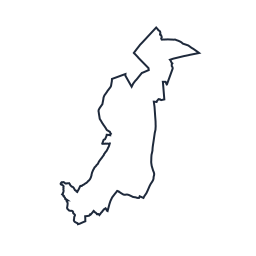 the district of Tetlatlahuca, Tlaxcala, Mexico, rotated 191°
{"feature_id": "50627088B49898192612493", "entity_name": "Tetlatlahuca", "entity_type": "district", "adm_level": 2, "iso_a3": "MEX", "parent_name": "Mexico", "parent_adm1": "Tlaxcala", "projection": "robinson", "projection_center": [-98.281, 19.233], "detail": "fine", "context": "isolated", "style": "outline", "palette": "slate", "viewbox_px": 256, "rotation_deg": 191, "n_neighbors": 0, "source": "geoboundaries", "source_scale": "gbopen_adm2", "svg_char_len": 5659}
<svg xmlns="http://www.w3.org/2000/svg" viewBox="0 0 256 256"><g transform="rotate(191 128 128)"><path d="M91.9,222.3L93.8,222.9L95.6,223.3L97.2,223.5L98.5,223.8L100.2,223.4L106.4,222.5L106.9,222.3L111.8,221.2L112.5,222.2L112.4,222.8L112.2,223.4L112.2,223.5L112.3,223.8L113.2,225.4L113.3,225.4L113.9,225.5L114.2,225.6L114.4,225.9L114.5,226.3L114.3,227.1L114.3,227.4L115.0,228.9L115.3,229.1L115.7,229.3L116.5,229.7L116.9,229.8L117.4,230.4L119.5,232.0L126.3,221.1L127.7,218.8L130.2,214.8L132.1,211.9L132.4,211.2L134.5,207.1L136.6,202.8L136.1,202.4L135.2,201.9L132.3,199.8L131.8,199.5L131.7,199.4L131.6,199.2L128.9,197.3L119.3,190.7L118.7,188.8L121.1,187.2L124.0,185.2L124.9,184.7L125.8,183.0L126.9,180.9L127.1,180.6L128.0,178.8L129.2,176.6L129.5,176.3L130.3,174.8L130.8,173.8L131.1,173.1L131.4,172.5L132.3,169.2L140.5,178.8L140.7,179.6L140.8,180.5L142.5,179.5L146.6,177.0L153.1,173.1L152.8,170.8L152.7,166.1L152.9,165.2L153.1,164.7L153.4,164.0L153.7,163.5L154.6,161.6L155.1,160.8L155.4,159.8L156.0,158.5L156.6,157.1L157.1,156.2L157.5,155.0L157.8,153.3L157.7,151.3L157.7,148.9L157.7,146.4L158.2,145.4L159.0,143.6L159.5,142.5L160.0,141.0L160.2,140.3L160.2,139.0L159.8,138.1L159.5,137.1L158.1,133.3L157.5,131.6L155.9,129.9L154.0,127.7L153.5,127.3L152.7,126.4L151.8,125.6L151.3,125.1L149.8,123.6L148.8,122.4L148.5,122.1L148.0,121.8L147.6,121.7L147.0,121.5L146.3,121.2L145.3,120.9L145.1,120.7L144.9,120.6L144.4,119.7L143.8,119.2L143.7,119.1L143.8,119.0L143.8,118.9L144.1,118.6L144.2,117.9L144.1,117.5L144.6,117.5L145.7,117.5L147.6,117.3L147.6,116.2L147.8,115.1L148.2,113.4L148.4,112.6L149.5,111.9L149.7,111.6L150.3,107.7L150.2,107.6L149.5,107.7L149.4,107.8L148.8,107.9L147.8,108.1L147.6,108.1L147.3,108.3L146.8,108.5L146.2,108.5L145.9,108.5L145.4,108.7L145.1,108.8L144.0,108.7L143.9,108.8L143.0,109.4L142.9,109.4L142.9,109.1L142.9,108.9L143.2,108.4L143.4,108.1L143.2,107.8L143.1,107.4L143.2,106.8L143.4,106.0L143.4,105.7L143.5,105.5L143.7,105.1L143.9,104.1L144.1,103.2L144.9,100.8L145.2,100.6L145.4,100.2L145.7,99.6L146.0,98.7L146.6,97.6L146.6,96.7L147.0,96.0L147.4,95.2L147.7,94.6L147.8,94.1L148.3,93.3L149.8,90.2L150.2,89.2L150.5,87.9L150.7,87.4L150.8,86.9L151.8,85.6L152.1,84.7L153.1,83.2L153.4,82.8L153.5,82.2L153.6,81.6L153.8,81.3L154.2,80.1L154.8,77.2L154.8,76.2L154.9,75.4L154.8,74.6L155.0,72.9L155.1,72.1L155.6,70.4L156.1,69.5L156.5,68.8L157.1,68.2L157.4,67.5L158.4,66.1L158.9,65.8L159.2,65.5L159.6,65.1L160.0,64.7L160.6,64.0L161.0,63.7L161.9,63.1L162.3,62.3L162.9,62.1L163.6,62.1L163.9,61.7L164.1,60.8L164.3,59.9L164.4,59.7L164.5,58.9L164.7,58.6L165.0,57.5L165.0,57.3L165.2,56.9L165.4,56.7L165.4,56.4L165.6,55.5L165.9,55.6L166.2,55.7L166.4,55.8L167.1,56.6L167.7,56.7L167.9,56.8L168.2,56.9L168.8,57.6L169.9,58.9L170.3,59.2L170.6,59.4L171.0,59.6L171.5,59.7L172.0,59.7L173.4,60.6L173.8,60.9L174.3,61.7L174.6,62.0L175.3,62.6L175.7,62.4L176.4,62.2L177.3,62.1L177.9,61.7L178.4,61.6L178.9,61.6L179.9,62.2L180.5,62.5L181.0,62.6L181.4,62.5L181.8,62.0L182.4,62.2L182.8,62.1L183.3,61.2L183.5,60.5L183.4,60.2L183.2,59.9L181.3,59.4L180.4,58.9L180.2,58.4L180.0,58.1L180.1,57.2L179.8,56.6L179.7,55.1L179.3,54.4L179.2,53.7L179.2,52.8L179.3,52.3L179.5,51.8L179.4,51.5L179.4,51.2L179.7,50.8L180.0,50.3L178.1,49.2L178.2,48.7L176.6,47.6L176.1,46.5L175.9,46.6L173.5,45.5L174.7,45.3L174.4,44.7L174.2,44.5L174.0,44.1L173.5,43.7L173.2,43.3L172.9,42.7L172.7,41.2L172.6,39.4L172.6,38.0L172.5,37.8L172.1,37.1L171.4,36.7L170.6,36.1L170.2,35.8L169.0,35.7L167.5,36.0L166.6,35.8L166.2,35.4L165.8,35.0L165.8,34.6L165.5,33.9L164.3,33.2L163.6,32.7L163.4,32.2L163.5,31.5L163.8,30.6L163.7,29.5L163.6,28.7L163.6,27.2L163.3,26.7L163.1,26.3L162.8,26.1L162.6,25.9L162.1,25.6L160.4,25.1L159.8,25.0L159.7,24.9L159.4,24.9L159.1,24.7L158.8,24.0L157.2,24.8L153.8,27.2L152.1,28.3L152.6,30.7L153.2,33.2L151.2,33.8L150.1,34.2L149.3,34.6L148.7,36.0L148.2,35.8L146.8,38.2L145.9,40.1L145.7,40.0L144.6,39.0L143.9,38.9L143.7,38.8L143.4,38.6L142.6,38.1L142.3,37.8L142.2,37.6L142.0,37.4L141.9,37.4L141.7,37.4L141.5,37.7L141.2,37.8L140.5,37.9L140.4,37.8L140.0,37.5L139.8,37.4L139.7,37.3L139.5,37.1L138.8,38.3L138.2,39.8L137.9,40.2L137.6,40.5L137.4,41.0L137.1,41.8L136.8,42.1L136.7,42.5L136.3,43.1L136.3,43.3L136.2,43.5L135.9,43.6L135.5,44.1L134.7,44.9L134.3,44.5L134.0,44.2L133.8,44.1L133.2,44.0L133.1,43.8L133.2,43.3L133.2,43.1L133.1,42.9L132.2,42.6L131.7,49.9L131.4,52.2L131.3,53.0L130.3,56.9L128.2,61.1L127.2,62.9L126.8,63.9L126.6,64.2L126.1,64.1L125.1,64.0L124.7,63.8L124.7,63.6L124.2,63.4L123.7,63.3L122.6,62.8L122.0,62.6L120.4,62.0L119.6,61.8L118.7,61.8L117.8,62.0L117.1,62.3L116.2,62.5L115.1,62.5L114.3,62.4L113.5,62.2L112.7,62.0L111.1,61.6L110.2,61.3L108.7,61.3L107.3,61.4L106.0,61.2L105.3,61.2L104.6,61.3L104.2,61.4L103.7,61.6L103.5,63.2L99.5,62.3L99.0,64.1L97.5,67.5L96.7,70.7L95.7,75.3L95.0,77.6L93.9,80.2L93.4,81.9L93.3,83.2L93.5,84.7L93.5,85.5L93.4,86.6L93.5,87.7L93.7,88.4L94.3,89.6L95.3,91.1L97.5,95.3L98.5,98.1L98.8,99.3L99.0,100.7L99.5,103.7L99.8,106.1L99.7,108.8L99.7,110.6L99.9,111.9L100.1,113.7L100.2,115.3L100.4,120.2L100.8,128.3L100.7,131.5L101.2,135.2L101.5,136.4L102.2,139.7L103.4,144.1L106.0,153.8L107.7,158.8L107.0,158.9L104.9,159.0L104.7,160.1L104.5,160.4L103.7,161.9L103.4,162.2L102.6,162.0L102.2,162.3L101.1,161.8L100.8,161.7L97.8,163.0L102.4,179.4L102.6,180.0L100.1,180.5L99.9,180.5L99.7,180.1L99.0,179.1L98.3,178.1L98.1,178.2L95.5,194.8L95.6,195.3L95.8,195.9L96.2,196.5L96.6,196.9L96.9,197.2L97.2,198.9L96.8,199.9L97.6,200.3L99.1,202.4L99.8,203.0L96.8,204.7L86.5,209.4L84.7,210.1L83.6,210.6L83.2,210.7L82.8,210.9L81.3,211.6L73.2,214.9L72.5,215.2L73.3,215.6L79.1,218.2L80.9,218.8L84.5,220.5L85.8,220.7L90.3,221.3L91.9,222.3Z" fill="none" stroke="#1e293b" stroke-width="2"/></g></svg>